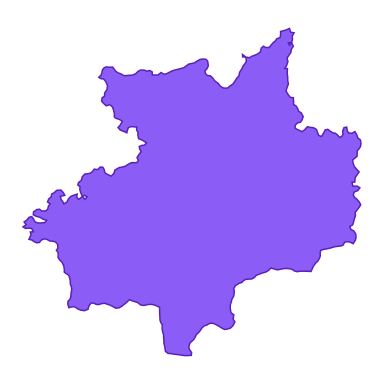 outline of Andrelândia, Minas Gerais, Brazil
{"feature_id": "56859067B65211314111739", "entity_name": "Andrelândia", "entity_type": "district", "adm_level": 2, "iso_a3": "BRA", "parent_name": "Brazil", "parent_adm1": "Minas Gerais", "projection": "orthographic", "projection_center": [-44.286, -21.735], "detail": "fine", "context": "isolated", "style": "filled", "palette": "violet", "viewbox_px": 384, "rotation_deg": 0, "n_neighbors": 0, "source": "geoboundaries", "source_scale": "gbopen_adm2", "svg_char_len": 5833}
<svg xmlns="http://www.w3.org/2000/svg" viewBox="0 0 384 384"><path d="M291.5,42.7L292.5,39.5L292.2,36.1L294.1,32.8L290.7,32.2L289.5,28.4L286.3,29.9L283.2,30.8L280.6,31.4L280.6,34.4L280.1,37.6L276.9,38.7L275.0,41.3L273.1,42.7L271.4,44.7L269.1,47.5L265.7,47.5L263.4,46.2L261.2,48.2L260.4,51.9L257.4,54.1L254.3,55.4L252.0,56.2L249.5,57.7L245.9,57.1L246.3,61.5L244.6,64.2L243.0,66.1L241.9,68.8L239.7,72.1L238.8,76.1L236.7,78.3L234.9,81.2L232.8,84.2L230.0,85.9L227.7,88.1L223.7,88.1L220.4,86.3L217.9,83.0L215.7,81.7L214.1,80.1L212.7,77.9L210.4,75.8L207.5,75.5L205.6,73.8L204.9,70.9L206.9,68.9L208.3,65.9L207.7,61.2L206.0,59.3L203.2,59.0L200.1,59.4L197.2,61.0L194.3,62.9L188.8,64.1L185.6,66.3L183.7,67.8L180.8,68.5L176.4,69.7L173.8,70.3L171.2,71.3L168.7,72.6L166.6,73.7L164.1,74.3L161.0,72.5L158.0,75.0L155.1,75.0L152.3,75.0L152.2,71.9L149.8,70.5L146.8,71.2L144.3,70.1L140.4,70.1L137.9,71.5L135.6,73.8L132.3,75.1L129.5,75.3L127.0,75.5L124.0,75.7L120.8,73.8L118.2,72.9L115.9,71.4L114.3,69.3L112.7,67.1L109.3,67.2L106.1,66.9L104.0,67.9L102.4,70.0L101.9,72.8L101.0,75.2L98.8,77.3L100.9,78.7L103.5,78.9L105.8,81.6L107.5,85.7L107.0,89.5L104.7,92.9L104.4,96.5L102.2,97.5L101.6,101.2L103.5,103.3L106.2,105.8L109.8,104.7L112.5,107.0L113.5,110.0L114.4,113.6L114.3,116.9L116.1,118.4L119.4,119.4L122.3,121.3L120.1,125.2L118.0,127.6L120.2,130.0L123.6,131.3L126.8,132.8L127.4,130.3L128.5,127.5L131.2,126.6L133.6,126.8L136.7,127.1L136.7,130.3L138.0,132.3L137.9,135.3L138.6,138.7L140.8,139.5L143.4,140.8L146.4,142.8L144.6,145.1L141.5,145.5L139.2,146.6L139.8,149.3L141.2,151.6L138.8,154.7L137.0,157.6L138.4,160.5L136.9,162.6L134.4,162.7L131.3,162.7L128.4,164.2L125.3,166.2L122.5,167.0L119.4,167.5L117.0,168.8L114.9,170.1L113.9,173.4L111.2,176.1L107.9,174.6L105.0,172.9L104.1,169.4L102.9,167.3L100.3,167.0L97.7,169.6L94.2,169.1L92.5,171.5L90.3,173.2L87.9,173.7L84.8,174.0L82.3,176.7L81.2,180.5L78.5,182.5L77.8,185.0L80.0,186.7L79.8,189.6L80.7,192.6L82.4,196.6L78.7,199.3L76.7,197.2L77.2,194.1L74.2,195.0L70.8,196.4L68.5,198.8L66.9,202.1L63.8,203.9L62.7,201.4L61.1,199.4L60.3,196.4L64.8,195.3L63.3,192.5L60.8,190.0L56.6,190.4L54.3,192.6L51.6,194.1L51.2,196.8L48.7,199.0L47.5,202.0L50.1,203.9L48.4,206.2L47.8,208.9L45.9,210.9L41.8,211.0L39.4,209.2L36.9,209.5L33.5,211.9L33.3,214.8L36.0,216.2L40.4,217.5L43.3,219.3L46.6,220.3L45.0,222.5L40.4,223.0L37.5,222.9L34.9,221.7L33.3,218.6L31.7,216.6L28.9,217.4L26.6,220.3L24.1,221.9L26.2,224.7L23.0,226.9L25.6,228.5L28.6,228.1L31.7,228.5L33.4,231.8L30.3,232.0L31.1,234.7L28.9,239.3L31.7,240.0L34.1,241.6L36.5,242.8L39.4,242.5L41.5,239.9L44.5,238.8L47.4,239.6L49.8,241.0L52.6,241.2L55.4,241.9L57.6,244.2L57.9,248.0L56.4,250.4L58.0,252.3L58.2,254.8L58.0,257.4L59.6,259.9L62.1,262.4L63.8,266.0L64.3,269.5L64.3,272.2L66.1,273.6L68.7,275.1L69.7,278.2L70.3,281.0L70.3,284.0L71.4,286.7L71.7,289.9L71.1,293.2L70.8,296.6L70.0,299.4L68.0,301.2L67.8,303.9L68.8,307.7L72.0,306.8L75.0,306.9L77.7,308.9L80.7,310.1L84.4,310.7L88.0,309.3L88.9,305.9L91.2,303.0L93.9,303.2L96.2,304.4L98.6,304.6L101.4,303.7L104.4,303.2L106.9,304.1L109.5,304.9L112.4,306.3L115.8,308.2L119.1,307.8L121.4,306.5L123.9,304.6L126.8,302.2L129.5,299.7L132.9,301.1L137.5,302.4L140.5,304.9L143.7,305.4L146.5,304.9L148.7,304.4L152.0,304.4L155.3,305.3L159.6,307.3L159.6,310.7L159.7,313.9L159.9,317.2L160.0,320.0L160.7,322.3L162.3,325.0L162.1,328.6L162.6,331.7L163.6,334.9L163.6,337.6L163.9,340.1L163.9,343.1L164.8,347.0L165.4,351.3L168.0,353.4L171.4,353.7L174.2,354.2L177.8,354.6L181.8,355.2L184.8,355.6L188.0,355.6L191.3,355.3L191.6,352.4L189.6,349.8L188.8,347.2L189.7,343.5L191.5,341.5L193.5,339.8L195.1,337.3L196.4,334.6L198.4,332.7L200.2,330.7L201.9,328.0L204.0,326.0L206.8,325.1L209.7,323.3L213.2,323.3L216.0,324.6L219.1,326.3L221.9,328.1L224.5,329.5L227.0,329.1L230.3,328.2L232.9,325.8L234.9,321.8L233.1,319.2L233.8,314.7L231.0,312.8L230.2,308.2L230.4,304.4L231.3,302.0L231.9,299.3L233.8,295.9L234.3,291.6L233.8,288.5L235.4,285.7L238.9,283.4L242.0,282.4L243.5,280.6L245.6,279.4L248.4,279.1L251.7,279.0L254.4,277.5L256.2,275.4L258.7,274.4L262.0,273.1L265.7,272.1L268.9,270.2L270.6,268.1L273.3,268.7L277.4,269.9L281.6,269.0L285.1,268.5L287.7,268.5L291.7,269.1L294.5,271.0L297.1,271.7L300.4,271.2L304.5,271.2L307.8,271.3L311.0,271.5L312.1,269.1L313.2,266.6L315.2,263.6L317.8,261.1L319.5,258.3L320.3,255.8L320.2,252.9L320.7,250.4L322.9,249.6L326.4,248.9L329.8,248.2L332.1,247.5L335.4,246.6L340.1,246.1L342.8,245.4L344.9,242.0L347.6,241.7L349.9,242.1L353.2,243.7L355.4,240.1L356.0,237.6L355.8,234.1L353.8,230.9L350.8,229.3L349.8,226.5L352.6,225.0L353.5,222.3L354.4,218.7L355.5,215.8L355.1,212.5L357.1,210.0L359.6,206.7L360.7,204.6L358.9,201.5L356.7,199.0L354.4,197.3L353.3,194.8L354.1,192.1L357.8,190.6L359.9,187.8L357.2,186.1L352.9,186.2L352.0,182.3L354.8,182.1L355.2,177.6L357.2,174.7L359.1,171.9L356.5,169.1L354.3,166.5L353.1,163.2L352.6,160.0L354.9,158.1L357.0,156.5L357.2,153.3L357.2,150.8L358.8,149.1L360.5,146.6L361.0,143.4L360.4,139.9L357.9,138.0L356.7,134.7L354.9,131.6L352.0,133.3L348.3,132.8L347.2,130.2L346.7,127.1L344.0,127.6L342.7,131.0L343.0,134.3L341.8,136.5L339.4,137.3L337.4,134.8L335.2,133.2L332.9,132.8L330.2,131.2L327.8,129.3L325.2,129.9L323.7,132.9L321.3,136.6L318.6,135.3L317.6,132.7L316.5,129.5L313.7,127.8L310.0,127.3L307.4,126.7L304.7,129.7L302.0,131.7L299.5,130.4L297.2,129.5L295.0,128.0L295.4,124.9L297.6,122.9L300.5,122.2L302.0,120.0L303.2,116.6L301.2,112.8L298.7,111.3L297.8,108.8L296.3,106.2L293.6,104.4L293.6,101.3L293.3,97.7L290.4,97.4L288.2,94.7L286.0,91.0L287.1,87.3L288.4,84.1L287.7,80.4L287.7,77.0L287.2,73.3L287.4,68.6L284.8,68.4L286.5,65.8L287.9,61.7L287.1,58.1L288.9,55.2L290.8,52.7L291.4,49.2L293.4,46.2L291.5,42.7ZM82.4,196.6L84.4,195.4L87.1,196.7L85.2,199.4L82.4,196.6ZM291.5,42.7L289.5,45.2L288.4,42.7L291.5,42.7ZM245.9,57.1L242.5,54.5L242.6,56.9L245.9,57.1Z" fill="#8b5cf6" stroke="#5b21b6" stroke-width="1.5"/></svg>